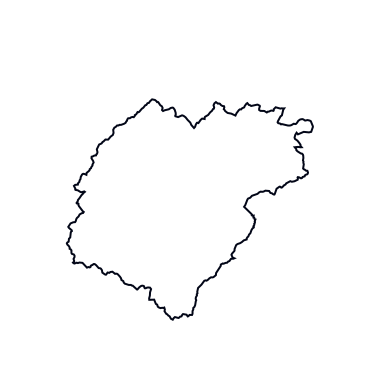 the district of Lauricocha, Huánuco, Peru, rotated 53°
{"feature_id": "86281439B71968127202284", "entity_name": "Lauricocha", "entity_type": "district", "adm_level": 2, "iso_a3": "PER", "parent_name": "Peru", "parent_adm1": "Huánuco", "projection": "orthographic", "projection_center": [-76.689, -10.174], "detail": "fine", "context": "isolated", "style": "outline", "palette": "ink", "viewbox_px": 384, "rotation_deg": 53, "n_neighbors": 0, "source": "geoboundaries", "source_scale": "gbopen_adm2", "svg_char_len": 6021}
<svg xmlns="http://www.w3.org/2000/svg" viewBox="0 0 384 384"><g transform="rotate(53 192 192)"><path d="M270.4,198.1L268.8,199.0L265.9,198.3L265.3,197.1L264.6,193.7L264.0,192.9L263.2,192.4L261.1,188.9L260.9,188.2L261.0,186.8L261.8,184.4L262.0,182.3L261.8,179.8L262.8,176.9L262.1,176.4L261.5,175.2L261.4,173.8L260.3,172.0L260.1,170.3L258.2,167.4L257.5,165.6L257.5,164.0L257.0,163.6L256.6,163.8L256.3,163.6L255.7,161.9L254.7,161.3L254.5,160.4L253.8,159.7L253.2,159.6L252.1,157.9L251.5,158.4L250.1,157.8L249.4,158.3L248.0,157.0L247.7,157.7L247.0,158.1L246.6,157.8L246.3,158.0L246.1,157.7L245.0,157.8L235.2,159.3L234.5,157.3L231.5,152.5L231.0,151.3L231.6,148.9L231.1,146.4L232.9,140.8L232.7,138.4L233.1,136.8L234.0,136.0L234.7,134.7L235.1,132.6L237.6,129.8L240.0,129.9L241.2,128.9L242.5,128.6L243.5,128.0L243.6,127.6L243.0,126.5L240.3,122.5L240.4,118.9L241.0,118.3L242.2,118.1L242.5,117.7L242.3,115.4L242.0,114.9L242.3,112.8L241.8,111.6L242.5,107.0L243.9,106.1L245.1,103.7L245.8,100.2L244.9,99.3L243.9,98.9L243.8,98.5L244.7,97.7L246.7,96.7L247.0,95.5L246.6,94.6L247.3,92.6L246.7,91.8L246.7,90.7L247.2,89.3L247.0,88.5L246.2,87.6L244.5,87.1L243.6,88.1L241.7,88.6L241.0,89.1L240.1,89.1L237.1,86.0L235.7,85.5L234.7,84.6L233.6,84.4L231.9,82.6L229.9,81.3L228.8,80.9L227.5,81.1L226.7,81.9L222.9,83.3L221.4,83.5L220.6,82.9L218.1,83.0L219.7,80.3L221.6,78.4L222.2,77.5L220.4,77.6L219.5,76.9L217.3,76.8L214.4,76.9L211.5,77.8L210.2,77.3L208.5,75.1L207.6,72.8L209.7,72.7L211.2,66.6L214.8,62.7L215.7,60.6L212.8,56.3L212.2,55.9L207.0,54.5L205.8,55.0L204.1,56.4L203.0,58.7L201.0,59.4L200.1,60.1L199.2,61.9L199.1,64.2L199.9,66.4L200.2,67.8L200.0,68.5L198.7,69.7L198.4,72.4L197.9,73.7L196.6,75.4L191.8,79.4L191.6,80.2L190.3,80.5L188.9,81.7L187.9,81.7L187.2,80.8L185.3,76.7L184.9,75.7L184.9,74.1L181.2,69.6L180.7,68.1L179.9,69.3L179.2,69.9L178.6,71.2L174.7,74.2L175.1,76.9L176.0,77.6L176.2,78.1L174.6,79.7L174.0,82.4L173.4,83.2L173.5,84.4L170.8,85.5L168.4,88.5L166.9,89.0L165.9,88.3L164.3,86.1L163.8,86.0L161.9,86.9L161.5,87.3L158.9,93.0L157.8,93.3L156.7,94.2L154.3,94.3L154.2,95.3L155.0,98.0L155.8,99.4L155.3,101.6L155.6,103.1L154.8,104.0L154.8,105.3L155.9,109.1L157.1,111.3L153.0,113.5L150.4,115.9L149.6,116.2L147.2,116.8L145.9,116.6L145.0,116.8L143.8,115.2L142.8,114.8L141.5,116.0L139.8,116.6L138.4,116.6L137.5,117.2L137.1,118.1L134.6,118.8L134.7,120.8L135.7,122.6L137.8,123.4L138.6,124.4L138.4,125.2L139.2,127.3L139.3,129.5L140.2,132.7L139.8,136.3L140.1,137.0L141.3,138.0L139.5,139.7L139.6,141.6L140.8,145.4L139.8,146.1L139.7,146.4L140.4,148.3L141.8,150.3L142.1,151.9L138.1,152.2L135.5,151.6L132.0,152.1L128.4,152.2L126.1,152.9L124.8,153.8L123.8,158.0L121.5,159.7L121.1,159.6L120.2,158.2L118.7,157.3L115.8,156.3L113.6,156.3L113.0,156.6L112.5,157.5L112.1,158.5L112.0,160.7L110.3,164.6L109.9,166.4L108.5,166.6L107.2,164.9L105.5,164.5L103.6,165.1L100.1,164.9L99.7,165.0L99.2,165.8L98.3,165.7L96.2,166.2L94.0,168.1L94.3,171.0L94.9,172.8L94.3,174.1L95.0,176.1L94.6,177.1L95.4,180.2L95.3,181.9L96.2,185.9L96.0,187.0L95.4,187.4L96.4,189.8L96.2,191.3L96.7,191.6L97.2,193.5L96.2,194.4L95.7,195.9L95.7,197.2L94.7,198.6L95.1,200.0L96.0,201.1L96.0,201.8L96.8,203.5L96.6,205.3L95.7,208.2L94.7,209.6L94.7,210.6L93.8,211.8L94.1,213.7L93.9,215.3L94.9,217.5L97.6,219.1L98.8,220.9L98.8,223.6L99.7,227.4L98.0,229.6L98.4,232.4L98.2,233.2L98.8,235.0L98.2,237.6L100.6,242.3L103.3,243.5L104.3,244.8L104.4,245.8L105.0,246.6L104.1,248.1L103.9,249.7L103.4,250.9L104.6,252.0L107.8,252.3L109.2,252.8L110.2,255.0L111.0,255.6L111.6,257.6L112.2,258.3L112.2,259.9L112.9,260.6L113.2,261.9L113.3,264.6L114.7,266.0L113.1,266.9L112.1,267.8L111.9,268.2L111.9,269.3L113.0,271.7L114.7,273.5L115.0,274.6L116.1,275.9L116.5,277.9L117.4,278.7L116.0,281.0L116.1,282.6L118.8,283.1L119.6,283.3L119.9,283.8L120.3,283.7L121.9,282.2L124.8,281.1L125.6,280.5L126.7,277.7L127.4,277.5L127.5,279.7L127.9,280.6L128.0,282.1L129.2,285.6L129.8,288.0L130.5,288.6L131.3,290.8L131.9,290.8L132.6,289.8L133.0,289.7L134.0,290.5L135.2,290.8L141.6,290.8L142.8,290.5L143.2,291.7L142.6,292.8L142.3,295.2L143.3,297.4L143.5,299.5L144.0,300.7L145.3,302.4L145.7,303.5L144.7,305.1L144.0,307.9L145.4,311.8L146.5,311.9L150.1,311.1L150.9,311.4L150.9,312.3L151.4,313.2L155.0,316.6L155.3,318.4L157.4,320.4L157.3,322.0L157.6,322.8L158.9,323.2L161.0,322.9L162.7,323.1L163.7,323.9L164.8,323.4L166.0,323.4L168.2,325.0L169.2,325.1L170.7,324.0L172.1,324.1L173.2,324.9L174.2,326.9L176.4,327.7L176.8,328.4L176.7,329.5L177.5,329.5L178.4,328.9L179.1,326.6L180.1,325.9L180.6,324.3L182.7,322.1L189.2,321.4L189.5,320.0L190.7,319.0L190.7,318.0L190.1,317.4L190.0,316.5L190.4,315.4L190.3,314.0L191.0,313.1L192.7,312.6L196.6,312.3L197.7,311.2L198.4,310.9L200.3,311.0L202.4,312.1L205.0,311.3L205.9,310.9L206.3,310.3L205.5,307.9L206.8,306.7L206.8,305.3L207.8,303.5L211.1,302.7L211.4,301.9L212.2,301.1L213.0,300.8L216.2,300.5L218.2,300.6L219.8,301.3L221.8,300.5L223.3,301.0L224.8,300.8L228.2,298.4L229.5,296.7L230.6,296.3L231.1,295.7L236.8,294.6L237.0,294.3L236.4,291.5L236.4,289.3L236.8,288.2L237.6,287.4L238.5,287.0L239.7,287.6L240.5,287.6L241.0,286.9L241.3,285.5L241.9,284.4L243.1,283.1L244.9,283.1L246.9,285.9L249.4,288.0L251.1,290.2L252.4,291.0L255.2,287.0L259.6,288.2L261.0,287.6L262.9,288.3L264.0,288.1L265.7,287.1L266.6,285.4L267.3,284.8L267.6,283.7L269.5,284.4L270.7,285.7L273.8,285.9L274.7,285.4L276.3,285.3L277.9,284.7L280.5,285.1L282.4,284.2L281.7,282.5L281.6,280.9L284.4,278.7L284.6,277.9L284.4,276.5L285.0,275.3L284.2,273.6L284.1,272.6L286.7,270.2L288.8,270.3L289.0,269.7L288.7,267.9L290.2,266.0L289.6,264.9L287.4,263.2L286.6,261.7L285.4,260.8L285.2,259.2L284.3,257.6L281.6,254.8L280.9,253.7L279.6,253.4L279.0,252.8L278.4,252.2L277.6,250.3L276.5,249.7L276.2,248.6L274.9,247.9L272.3,244.9L271.7,240.2L270.3,235.6L270.7,234.4L271.6,233.7L271.7,232.1L271.4,230.0L271.6,228.1L272.5,227.1L272.9,226.1L272.8,223.0L271.2,221.5L268.4,213.7L267.3,212.6L267.6,210.4L268.3,209.9L268.8,207.9L269.6,206.5L269.3,204.9L269.7,203.7L268.9,201.3L269.1,200.6L270.1,199.3L270.4,198.1Z" fill="none" stroke="#020617" stroke-width="2"/></g></svg>